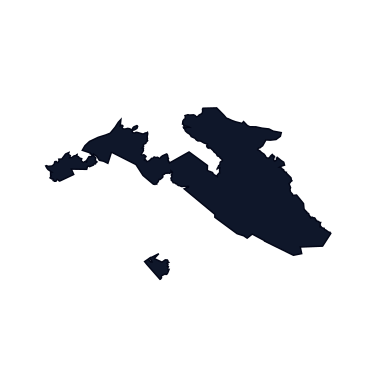 Silacayoápam, Oaxaca, Mexico (Natural Earth projection), rotated 296°
{"feature_id": "50627088B16315495781471", "entity_name": "Silacayoápam", "entity_type": "district", "adm_level": 2, "iso_a3": "MEX", "parent_name": "Mexico", "parent_adm1": "Oaxaca", "projection": "natural_earth1", "projection_center": [-98.148, 17.589], "detail": "fine", "context": "isolated", "style": "filled", "palette": "ink", "viewbox_px": 384, "rotation_deg": 296, "n_neighbors": 0, "source": "geoboundaries", "source_scale": "gbopen_adm2", "svg_char_len": 6072}
<svg xmlns="http://www.w3.org/2000/svg" viewBox="0 0 384 384"><g transform="rotate(296 192 192)"><path d="M179.7,278.7L179.6,310.9L184.7,317.6L190.0,313.4L200.6,333.1L215.6,334.9L215.8,334.6L215.6,334.3L216.3,333.6L215.8,332.7L216.5,328.8L216.3,327.8L217.3,326.6L217.0,326.1L217.0,325.3L216.7,324.9L217.4,323.2L217.2,323.1L217.3,322.9L216.8,322.8L216.8,322.5L217.5,322.4L217.6,322.0L218.5,321.9L218.7,321.3L220.9,321.0L220.7,320.6L220.7,319.1L221.0,318.7L220.4,316.9L220.6,316.5L221.1,316.4L221.1,315.5L221.9,314.7L222.5,313.6L222.0,312.3L222.1,311.3L221.8,310.8L221.4,310.9L220.7,310.3L221.2,310.0L221.0,309.8L221.6,309.3L221.5,308.7L222.1,308.2L222.6,307.2L223.5,306.6L223.8,305.9L223.6,304.3L224.2,304.2L225.5,300.7L226.2,299.9L230.5,297.3L235.1,287.3L233.0,283.9L234.1,283.3L235.2,280.5L237.3,278.9L239.1,278.7L241.8,275.7L242.2,275.5L243.0,276.0L244.6,276.2L245.9,276.9L246.3,276.1L248.2,274.7L250.5,268.1L251.0,268.1L250.6,266.6L251.0,266.2L250.8,265.6L252.1,264.7L252.2,263.8L251.8,263.8L251.7,263.1L252.7,262.2L252.9,260.7L252.6,259.7L254.0,260.6L256.7,263.4L259.0,261.4L259.3,258.6L260.5,253.4L259.8,253.3L259.3,253.8L258.8,253.4L258.1,253.9L257.1,253.7L256.0,252.7L256.3,251.7L257.2,250.9L257.9,250.9L259.2,250.1L259.6,250.9L260.0,250.7L260.4,249.6L259.6,248.3L261.0,248.0L261.0,247.7L258.7,246.8L257.4,246.7L255.8,245.9L255.5,244.2L255.9,242.9L256.7,242.0L257.6,240.2L258.0,237.1L258.7,235.2L258.8,232.5L260.4,232.4L261.9,234.0L263.4,234.5L264.4,235.2L271.2,235.6L273.0,239.8L276.0,244.5L280.8,247.0L284.5,246.2L282.3,238.3L282.4,233.5L280.1,227.0L278.6,220.9L276.0,215.3L276.0,212.6L277.9,207.5L275.6,206.9L274.2,200.3L273.8,196.6L273.7,192.0L273.4,190.7L275.1,186.8L278.4,177.3L272.3,165.5L272.1,165.7L271.5,165.1L271.0,165.1L269.3,166.2L266.9,166.6L264.5,164.8L263.9,164.5L263.3,164.7L261.5,163.0L261.5,162.5L262.1,161.3L262.1,159.7L260.0,155.9L259.7,154.5L257.6,152.2L257.2,152.7L254.8,153.8L253.8,153.0L251.8,152.7L248.9,153.7L249.2,154.5L248.0,155.7L248.5,156.7L248.4,157.4L248.9,158.7L249.2,160.8L249.1,161.5L248.4,160.0L247.8,159.0L247.3,158.9L246.9,158.0L246.9,156.7L246.4,155.9L245.7,156.7L245.5,157.7L244.0,159.3L243.2,161.9L243.0,164.4L242.0,166.5L241.5,166.9L241.6,171.2L240.7,173.0L240.5,175.0L241.3,176.5L241.6,177.8L241.3,181.0L241.8,184.9L240.3,184.9L240.3,185.7L239.3,185.4L238.6,186.7L238.7,187.6L238.9,187.4L239.4,187.5L239.6,189.4L238.4,193.2L237.8,193.9L237.2,196.9L235.7,198.8L235.6,199.7L235.8,200.1L235.6,201.6L235.1,202.1L234.4,204.9L233.5,205.6L231.5,204.4L231.0,204.3L228.9,205.1L227.8,204.8L227.4,204.4L225.7,204.6L224.1,204.4L223.8,204.5L225.8,205.7L226.2,206.5L224.1,207.0L221.2,208.6L220.8,208.0L219.1,207.5L217.9,207.3L217.0,207.9L217.2,204.3L217.6,203.5L217.6,202.6L218.5,202.0L218.3,198.9L218.0,197.9L218.2,196.7L218.5,196.1L222.6,194.3L226.7,171.8L208.3,159.1L209.0,158.7L209.0,157.5L210.0,157.0L210.3,156.2L211.8,156.2L212.3,155.5L212.2,155.0L213.5,154.6L214.3,153.9L215.0,153.0L215.0,152.4L211.6,149.6L209.7,148.7L208.8,148.7L207.9,148.1L208.1,145.8L207.1,144.4L206.9,142.6L205.2,142.1L204.4,140.8L203.5,140.7L201.0,139.7L199.5,138.1L200.5,136.3L200.1,135.4L200.8,135.4L200.9,135.0L201.4,135.1L202.7,134.6L203.6,135.2L203.9,134.8L204.4,132.4L203.3,131.1L203.4,130.1L204.0,129.9L207.9,130.2L208.9,129.5L210.1,129.2L210.2,128.7L209.8,127.8L211.9,128.5L212.8,127.6L214.4,128.0L215.4,129.1L216.3,128.9L218.7,129.6L219.3,128.8L220.3,128.6L222.2,127.4L224.9,126.7L226.1,125.8L225.2,125.2L224.5,124.0L223.7,123.6L222.6,122.5L221.5,116.3L221.1,115.4L220.6,115.3L219.7,114.2L219.4,112.8L220.0,111.6L221.2,111.8L222.0,112.1L222.6,113.0L225.0,114.6L227.1,114.4L227.5,113.8L227.5,113.3L225.2,111.3L224.1,110.8L222.4,110.8L221.7,110.5L221.3,109.5L221.6,108.4L221.0,106.3L219.7,104.8L218.7,103.2L218.6,101.6L219.1,100.9L220.7,101.1L221.3,100.7L221.3,99.8L221.0,99.2L220.1,99.0L219.7,98.6L226.0,96.3L222.4,95.2L216.5,94.5L209.0,92.7L205.4,89.4L200.0,83.7L192.5,77.7L186.7,75.5L181.4,75.1L182.5,83.4L181.7,83.8L181.9,85.2L181.6,85.9L179.8,86.2L178.6,83.9L174.0,83.4L173.1,84.2L172.6,84.1L172.6,83.5L173.0,82.8L170.8,81.3L171.1,80.2L171.6,78.6L173.6,78.3L173.2,75.8L173.9,74.6L173.8,73.1L174.0,72.7L175.3,72.3L174.8,71.9L173.9,71.8L172.8,70.2L170.2,68.8L169.2,66.9L171.3,66.7L171.6,64.9L171.9,64.1L172.5,63.9L173.2,64.2L173.6,64.1L170.7,61.7L164.5,60.5L163.1,57.9L162.2,58.7L159.9,58.8L159.5,58.4L159.4,57.6L160.0,56.9L159.4,55.7L158.9,55.4L156.8,55.9L155.4,55.5L153.9,54.6L151.9,51.2L152.0,49.8L151.3,49.1L150.0,50.9L149.1,52.7L148.4,57.3L147.7,56.3L145.0,57.6L144.9,58.3L142.5,58.2L142.3,60.2L142.7,60.6L142.7,61.4L141.5,62.1L141.7,62.8L141.3,63.6L142.0,65.0L144.2,65.2L144.3,65.9L143.7,68.0L144.2,68.6L155.9,78.0L159.7,73.5L166.2,87.4L168.9,86.9L169.9,87.4L169.9,88.9L173.0,91.6L174.1,91.8L174.2,91.7L175.2,92.1L175.1,92.9L176.3,92.8L177.4,93.4L178.0,91.2L180.4,90.6L181.3,87.5L182.9,87.0L182.3,91.0L179.9,94.8L180.9,99.0L180.9,103.8L192.1,102.2L192.5,103.0L192.1,129.6L185.4,140.7L182.1,153.8L182.6,155.5L183.5,155.9L183.6,156.8L184.4,156.5L186.2,157.0L188.9,156.9L189.4,157.9L192.3,159.2L193.4,158.9L194.0,158.1L195.5,158.9L196.0,159.5L196.9,159.5L197.6,160.6L197.9,161.5L198.5,161.7L198.9,163.6L199.2,163.9L200.5,164.4L201.9,163.8L201.5,165.5L201.0,165.9L200.4,165.2L199.6,166.4L198.3,165.9L198.0,166.1L197.6,166.9L196.4,167.3L195.2,167.0L194.8,167.6L193.5,168.2L193.2,169.4L192.1,171.1L192.7,172.3L192.3,173.7L192.7,174.6L192.1,175.5L191.9,177.0L192.3,178.1L192.3,180.1L193.0,181.5L193.6,182.1L194.2,184.3L195.2,185.4L195.5,186.4L194.6,186.8L191.4,183.6L182.0,222.3L179.3,223.6L174.3,250.8L175.3,257.7L174.7,261.8L180.6,264.6L180.1,278.6L179.7,278.7ZM107.2,183.1L99.5,201.5L99.9,201.9L101.6,202.2L102.8,201.3L103.4,201.4L106.5,203.7L106.5,204.8L107.1,205.4L108.6,205.6L112.3,205.3L111.8,204.4L113.1,203.5L114.5,203.5L114.4,202.5L116.5,202.1L117.0,200.7L118.6,201.9L118.8,200.7L119.7,200.4L120.1,199.6L119.3,197.7L115.8,195.8L115.6,187.5L115.8,187.3L122.0,189.2L115.8,184.5L115.0,183.4L113.7,182.7L113.1,185.1L111.6,186.8L110.9,185.9L112.4,182.0L108.7,179.9L107.2,183.1Z" fill="#0f172a" stroke="#020617" stroke-width="1.5"/></g></svg>